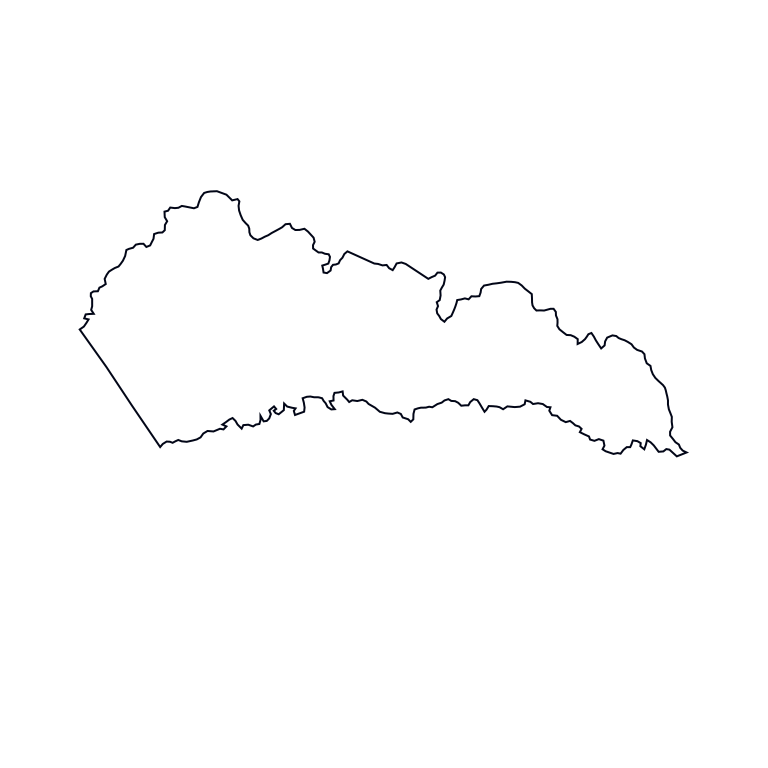 Colméia, Tocantins, Brazil (Mercator projection), rotated 293°
{"feature_id": "56859067B96092226018551", "entity_name": "Colméia", "entity_type": "district", "adm_level": 2, "iso_a3": "BRA", "parent_name": "Brazil", "parent_adm1": "Tocantins", "projection": "mercator", "projection_center": [-48.748, -8.892], "detail": "fine", "context": "isolated", "style": "outline", "palette": "ink", "viewbox_px": 768, "rotation_deg": 293, "n_neighbors": 0, "source": "geoboundaries", "source_scale": "gbopen_adm2", "svg_char_len": 5164}
<svg xmlns="http://www.w3.org/2000/svg" viewBox="0 0 768 768"><g transform="rotate(293 384 384)"><path d="M517.0,488.4L520.8,486.7L524.5,484.9L525.5,481.2L526.8,476.3L528.5,472.3L529.5,468.0L528.9,464.8L527.7,461.0L526.1,456.9L523.0,452.2L520.7,448.4L518.7,444.8L516.2,441.4L513.7,437.6L509.4,436.3L505.9,437.2L502.1,437.4L500.3,434.0L498.9,430.2L495.0,428.8L494.4,425.0L491.9,421.8L489.9,418.6L486.8,419.1L483.2,419.4L480.3,419.5L477.2,419.5L472.9,419.4L469.0,416.5L464.9,415.3L466.0,411.0L468.2,408.2L469.8,405.4L473.0,403.3L476.8,403.3L479.9,400.6L483.0,402.5L487.6,401.5L492.0,399.3L495.4,399.6L498.8,400.1L502.7,399.4L506.2,398.5L508.2,396.3L508.8,392.8L507.4,389.7L503.7,388.7L501.0,386.1L498.1,383.7L503.0,357.1L502.7,352.6L499.9,348.5L495.6,348.1L492.2,347.5L492.6,343.5L494.6,339.9L492.6,336.3L492.2,331.6L491.1,328.0L491.8,298.5L488.2,296.7L484.0,296.4L480.8,295.2L477.3,295.1L475.2,293.0L473.8,290.5L470.9,289.7L467.6,290.5L463.8,288.2L463.0,284.8L466.4,282.7L468.9,280.9L471.1,283.5L473.1,285.7L476.4,285.5L479.9,284.6L481.8,282.4L480.8,278.7L480.8,275.5L479.5,272.3L480.2,269.2L481.0,265.8L484.1,264.4L487.8,264.6L491.2,262.0L493.0,258.0L494.6,254.5L495.8,250.1L492.8,246.0L491.1,242.2L491.7,238.3L494.7,234.8L492.6,230.9L488.5,229.0L486.1,227.2L482.7,224.5L479.1,221.6L475.7,219.3L473.1,216.8L470.0,214.3L467.2,211.4L467.1,206.9L468.7,202.9L471.1,200.8L474.3,199.3L476.7,197.1L478.0,193.8L479.9,189.8L483.5,186.0L487.1,182.8L491.2,180.5L495.6,179.5L497.0,176.9L493.7,172.5L496.7,165.0L496.2,154.9L493.4,149.0L491.7,146.3L489.6,143.8L484.6,142.5L479.1,142.6L474.1,143.1L471.5,140.4L469.6,131.2L468.9,128.3L465.9,125.9L464.2,122.8L462.9,118.3L459.1,117.5L456.9,114.6L451.9,117.0L449.1,120.8L444.8,120.2L439.9,122.1L436.9,120.8L435.1,117.1L432.2,113.8L427.6,115.1L423.8,114.8L420.2,114.6L417.3,111.7L419.1,107.8L417.6,104.4L415.3,101.1L411.4,99.8L408.8,96.5L406.7,94.5L400.7,95.7L395.5,95.5L391.4,94.6L388.4,93.7L385.6,90.9L383.2,89.1L380.0,86.9L376.4,86.1L371.6,85.8L367.3,88.8L363.8,86.5L361.5,84.4L357.6,84.4L355.7,80.4L353.1,78.7L350.2,79.8L348.3,82.1L341.5,85.0L337.8,85.5L335.2,89.4L333.2,85.2L331.5,82.2L327.3,82.4L328.0,86.8L324.0,86.2L319.6,85.3L315.3,82.6L291.2,121.8L265.6,160.5L238.5,202.6L242.4,203.8L246.1,206.4L247.2,209.5L247.3,212.4L249.7,214.3L252.1,216.5L252.2,220.2L253.7,225.0L257.3,230.1L259.8,233.3L263.2,236.0L267.8,237.0L271.8,239.9L273.7,245.6L278.7,250.5L279.5,254.0L283.4,255.5L283.5,251.1L287.3,253.5L290.8,255.5L293.5,257.9L292.0,261.7L289.5,265.0L287.3,270.4L291.2,270.6L293.5,275.0L293.8,280.1L296.6,281.9L298.5,284.9L302.6,284.4L306.5,282.7L302.6,287.8L304.2,290.5L307.5,291.8L312.1,291.6L314.9,288.7L320.4,291.5L318.9,294.5L316.3,293.0L314.9,295.6L315.0,298.9L320.8,302.0L327.0,299.7L325.4,303.7L326.2,308.7L327.0,312.1L324.0,311.5L320.7,314.2L327.3,321.3L331.3,320.1L335.5,317.5L339.1,314.7L342.1,318.0L343.7,321.1L344.5,324.9L346.2,329.0L346.7,332.6L344.8,335.1L343.5,337.8L340.7,341.1L340.0,345.4L341.6,348.5L344.3,343.7L346.9,340.8L349.1,344.0L353.1,342.2L356.5,341.9L358.5,345.6L361.0,348.8L357.4,350.9L355.2,356.3L353.8,359.0L356.6,361.1L357.9,366.1L361.0,370.3L361.0,374.6L359.6,377.6L358.7,385.0L356.8,391.0L357.5,396.3L358.5,399.6L359.9,403.6L363.0,407.4L363.0,411.2L360.5,414.3L361.0,420.0L359.6,423.4L362.9,424.8L368.0,422.8L372.5,422.1L374.9,424.8L376.6,427.2L378.6,431.7L380.7,434.4L381.5,437.6L386.4,441.0L389.4,444.4L392.5,446.1L395.2,449.2L394.7,452.5L396.0,456.2L395.7,459.7L394.2,463.6L395.9,466.7L397.3,470.0L401.0,470.4L405.1,472.5L405.6,476.3L403.4,479.6L400.5,483.5L397.7,487.4L400.4,488.4L404.6,489.0L406.1,492.9L407.3,496.6L407.8,499.4L407.3,503.5L411.6,506.3L413.8,513.3L416.3,518.1L420.3,521.4L424.2,520.6L424.8,525.7L423.8,529.0L426.5,533.3L427.6,538.0L426.5,543.0L427.6,546.3L424.0,546.6L421.0,550.9L422.4,555.8L420.2,560.8L419.9,566.2L422.7,569.7L421.8,573.2L420.7,576.3L421.1,580.1L419.9,583.4L416.2,583.1L415.9,587.9L415.8,593.2L413.4,595.4L413.9,599.9L417.2,603.3L417.6,608.1L413.4,611.0L409.3,610.7L408.7,614.3L409.3,622.6L411.7,626.0L412.3,629.0L416.8,630.1L420.7,632.1L422.1,635.3L424.9,635.4L429.3,635.1L430.4,639.6L429.9,643.4L426.9,644.3L425.6,649.1L430.5,648.8L435.2,648.0L434.5,652.2L432.9,656.3L428.9,663.3L431.1,667.5L434.4,669.3L435.1,672.4L431.8,681.8L439.2,689.3L439.4,685.0L441.0,681.6L443.5,679.1L444.3,675.0L446.4,671.3L448.4,667.5L451.8,666.0L456.9,666.4L461.6,663.6L466.2,661.8L469.0,659.1L472.0,656.1L476.1,653.4L479.9,651.8L483.2,649.6L485.7,647.7L488.2,645.9L490.4,644.0L492.0,641.3L493.0,638.4L494.0,635.5L495.6,631.4L498.1,627.6L501.3,624.5L504.8,622.2L505.7,617.8L509.5,614.2L513.2,612.1L514.7,608.8L514.3,603.7L515.2,599.8L517.3,596.3L518.0,592.0L518.3,588.4L518.0,585.0L518.0,582.0L518.9,579.1L518.0,575.3L513.9,571.3L509.6,570.9L505.7,572.0L501.6,570.0L504.6,565.4L507.0,561.9L509.6,558.7L512.0,555.0L509.7,552.7L506.8,552.2L503.8,551.5L499.9,549.6L496.5,546.6L501.0,544.8L501.9,540.7L501.9,536.8L500.5,532.9L501.6,528.7L502.9,524.1L505.2,520.8L508.2,519.8L511.4,518.4L514.3,515.5L517.5,514.0L519.5,510.7L518.3,507.9L516.4,505.5L514.2,502.7L512.8,499.0L511.2,495.6L512.4,492.6L514.4,490.0L517.0,488.4Z" fill="none" stroke="#020617" stroke-width="2"/></g></svg>